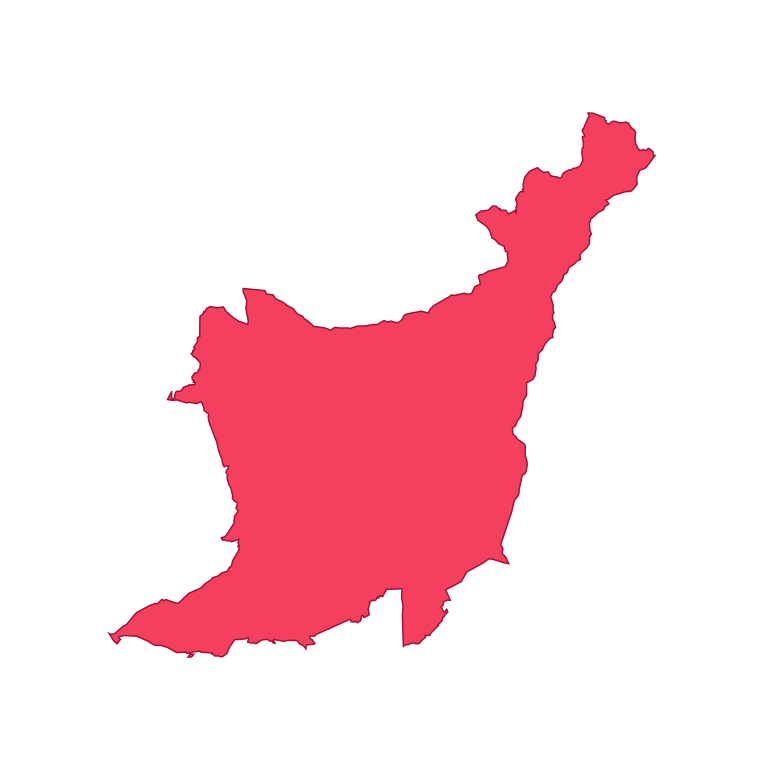 Carbunesti, Prahova, Romania (Equal Earth projection), rotated 100°
{"feature_id": "2599482B86728015913545", "entity_name": "Carbunesti", "entity_type": "district", "adm_level": 2, "iso_a3": "ROU", "parent_name": "Romania", "parent_adm1": "Prahova", "projection": "equal_earth", "projection_center": [26.2, 45.227], "detail": "fine", "context": "isolated", "style": "filled", "palette": "rose", "viewbox_px": 768, "rotation_deg": 100, "n_neighbors": 0, "source": "geoboundaries", "source_scale": "gbopen_adm2", "svg_char_len": 6151}
<svg xmlns="http://www.w3.org/2000/svg" viewBox="0 0 768 768"><g transform="rotate(100 384 384)"><path d="M436.9,594.5L436.8,589.4L435.7,585.4L436.8,574.9L435.9,572.7L435.6,565.2L433.3,560.8L438.0,557.5L441.4,556.6L443.9,551.6L447.6,551.3L452.1,549.5L470.5,538.5L478.5,535.2L487.1,530.2L490.8,529.0L493.4,527.0L492.0,525.0L492.1,522.7L494.1,522.8L496.9,524.2L498.8,524.0L500.7,522.3L503.5,522.3L510.0,519.3L513.0,516.7L520.7,513.5L523.1,513.4L525.6,510.6L526.0,508.4L527.0,507.5L532.1,508.1L534.4,505.5L540.3,508.3L542.8,507.7L544.2,508.2L546.5,507.3L560.3,513.0L562.5,514.9L563.4,517.3L564.2,517.4L565.8,515.8L565.2,514.4L565.7,511.7L565.1,508.2L565.9,506.8L562.1,500.1L565.9,500.1L567.1,499.3L569.0,499.7L569.4,499.5L569.0,498.5L571.0,498.2L574.2,498.5L584.1,502.3L589.8,502.7L591.3,504.3L595.7,505.9L598.0,510.6L602.0,514.3L604.5,519.1L607.2,520.6L611.6,525.3L616.9,529.3L623.9,539.7L635.4,548.2L635.9,550.9L634.2,561.4L635.5,563.2L634.6,565.2L639.8,569.1L640.0,571.3L642.8,576.2L651.3,587.1L654.1,589.4L665.7,595.8L667.7,598.7L676.4,605.8L678.1,609.3L677.5,611.3L683.8,605.7L686.2,601.8L681.2,599.1L680.0,601.2L678.7,600.9L676.8,596.1L675.3,583.6L678.3,571.8L680.7,565.7L681.0,564.1L680.2,558.5L681.0,551.6L684.5,541.5L682.5,532.5L683.5,531.1L682.4,528.3L683.0,527.9L687.0,529.6L686.3,526.4L685.2,525.4L683.1,524.5L683.9,526.1L683.4,527.2L681.1,526.0L679.1,519.0L679.9,517.4L678.9,508.2L679.8,506.6L678.9,506.1L681.2,503.7L680.6,499.6L681.0,497.0L679.9,494.9L676.3,491.8L670.7,490.7L661.7,486.7L659.7,478.3L658.7,475.5L657.4,474.0L658.6,473.1L662.0,473.4L662.1,468.8L661.3,467.6L662.1,466.0L661.5,464.2L657.4,460.1L655.7,454.6L657.1,451.4L656.6,449.4L658.2,448.2L658.3,446.4L655.9,448.2L654.7,448.2L654.8,438.4L653.0,433.5L651.8,425.8L652.4,424.0L654.6,422.0L655.6,418.2L658.3,414.9L655.5,415.2L654.2,414.3L652.4,407.8L651.5,407.0L648.2,410.5L647.7,412.9L645.1,413.2L644.3,408.4L642.6,407.6L621.5,376.5L624.0,374.9L623.0,369.8L623.7,368.8L621.2,365.9L616.0,365.7L615.4,364.5L617.0,363.9L617.4,362.9L613.8,358.5L607.8,360.6L602.7,359.9L601.9,360.4L599.0,358.1L599.1,356.1L598.1,354.5L595.4,354.0L594.9,353.2L595.8,353.1L595.7,352.1L592.9,351.0L593.1,349.9L593.6,350.0L593.7,348.5L585.7,345.8L582.6,330.6L591.3,329.6L599.4,326.6L608.3,325.8L638.9,319.4L636.8,316.9L636.3,314.4L634.7,312.7L633.8,309.4L634.4,307.5L633.5,304.4L628.9,301.6L626.3,299.1L624.5,299.9L623.7,295.4L620.8,294.3L612.5,288.6L612.4,289.3L606.7,285.6L603.5,285.5L602.8,284.4L601.6,284.3L597.5,281.6L595.0,283.1L596.1,284.0L598.1,284.3L597.9,286.0L593.4,289.0L591.6,287.6L587.7,287.1L585.8,284.0L585.4,281.2L575.9,287.6L565.2,273.6L554.8,269.9L543.1,255.4L538.0,250.4L537.7,246.5L539.2,235.0L539.2,229.9L532.8,234.6L530.7,238.1L525.1,238.4L521.9,241.2L487.0,236.0L477.7,235.6L474.8,234.9L471.2,232.7L467.0,232.1L465.5,232.6L450.6,232.1L449.2,231.6L449.0,230.6L447.3,229.5L445.1,228.8L439.1,228.9L436.0,229.5L429.0,232.8L420.2,234.1L418.5,235.8L415.2,243.1L412.9,245.0L411.2,248.2L405.3,249.9L401.7,247.0L398.0,246.6L392.3,243.8L381.5,243.5L377.0,244.1L370.1,241.6L358.2,243.8L353.6,238.2L349.9,236.8L342.7,236.9L338.5,238.0L333.5,236.4L327.2,237.3L322.9,234.1L316.9,232.5L312.8,230.2L310.0,228.3L308.8,225.7L306.7,226.6L301.2,226.5L298.6,224.9L294.1,226.8L291.2,229.0L287.1,230.0L284.5,229.1L280.6,230.7L277.0,231.1L269.0,235.0L264.8,233.9L262.9,231.7L256.3,230.2L252.2,227.1L247.8,225.9L245.8,226.2L242.6,223.1L236.7,221.9L233.4,217.9L229.4,215.3L227.2,212.2L223.0,213.5L219.8,211.9L215.2,208.3L210.3,206.0L203.5,207.1L200.3,205.8L196.9,208.0L190.2,209.6L184.8,208.8L184.3,207.8L178.2,203.2L174.1,198.0L171.0,197.4L167.8,194.0L166.7,194.4L164.4,197.7L163.4,195.5L158.2,190.6L152.6,179.5L151.4,174.5L149.8,172.9L143.4,169.4L136.6,171.1L129.1,169.3L126.5,164.8L124.9,163.3L111.9,156.7L111.8,158.6L108.6,159.4L106.0,164.0L106.1,164.8L108.7,166.3L108.0,169.5L109.1,170.6L109.4,172.4L108.3,174.5L102.9,178.3L97.4,179.7L92.4,179.9L90.2,181.9L88.9,184.7L84.5,188.8L84.1,191.2L86.0,197.0L85.2,201.6L85.6,204.6L89.3,208.2L87.9,210.9L86.3,210.9L85.6,212.7L83.4,212.9L81.0,225.4L81.8,230.2L84.8,228.1L86.5,229.3L97.4,231.8L99.0,232.8L100.6,232.4L104.5,229.6L105.3,229.8L105.8,231.3L106.8,231.5L111.4,229.7L115.8,228.9L117.8,229.7L122.2,229.2L129.5,227.0L135.6,229.0L138.1,232.6L138.8,235.2L140.6,236.5L141.0,239.0L143.5,242.3L145.8,244.3L149.6,245.2L150.9,247.3L149.9,249.8L150.3,251.4L149.9,256.1L146.6,259.1L147.8,263.6L146.5,267.1L144.3,270.3L147.6,275.4L149.4,277.7L156.0,281.3L163.4,281.6L167.3,280.5L168.3,281.5L170.4,280.2L170.7,282.5L171.5,283.5L177.7,286.2L179.5,286.4L183.5,284.0L187.6,284.7L190.5,283.7L193.4,283.7L190.5,285.2L195.0,291.2L191.8,294.1L192.6,299.7L191.1,300.1L191.4,301.5L189.5,304.3L189.9,308.0L194.7,311.5L197.1,318.9L201.6,323.0L206.5,319.8L210.8,310.5L215.0,306.4L221.5,302.9L222.4,300.0L226.0,295.2L227.5,289.7L232.4,287.3L232.8,285.0L235.6,285.0L240.8,283.0L247.4,285.0L254.9,300.9L259.3,306.1L259.6,308.6L261.4,309.6L268.8,306.5L272.5,311.5L279.9,313.5L281.1,317.1L280.7,320.6L284.2,329.3L284.9,333.6L286.3,334.3L298.2,348.7L302.3,351.5L306.4,352.8L305.8,359.8L310.8,373.0L312.6,375.9L318.5,377.9L321.0,380.8L321.4,383.3L320.8,388.2L322.3,390.9L321.6,395.1L326.7,401.3L327.4,405.4L330.0,412.2L331.6,420.4L335.2,427.0L335.1,429.7L336.5,436.6L336.8,442.2L340.6,446.4L339.8,447.7L339.1,452.1L339.4,463.4L335.6,469.1L333.4,474.1L331.4,476.2L329.9,481.7L325.6,486.5L323.7,492.4L320.8,498.4L318.9,505.6L315.5,508.6L315.8,515.5L312.7,517.3L314.4,539.3L317.5,538.7L325.8,533.6L334.2,533.0L345.4,528.6L348.9,528.5L347.5,537.6L344.9,543.9L339.7,552.4L336.0,555.5L337.8,561.2L338.0,568.9L340.6,571.8L343.7,572.8L345.2,573.8L344.4,574.1L347.4,575.1L349.2,577.0L369.6,573.7L370.1,575.3L370.9,575.0L371.4,575.8L374.9,575.1L380.8,577.8L381.8,576.3L382.6,577.1L383.9,576.9L384.5,578.2L386.2,577.8L387.6,579.2L390.4,575.9L390.7,574.0L395.2,568.5L400.7,568.0L402.2,569.2L405.0,569.5L406.1,572.3L410.3,574.4L413.2,573.4L413.8,571.8L415.3,572.1L415.3,570.2L417.5,570.2L418.9,576.3L419.9,576.4L420.9,579.3L422.3,581.0L426.3,582.9L427.2,587.0L429.2,588.0L434.0,587.8L436.0,589.3L433.3,591.1L428.0,591.8L436.9,594.5Z" fill="#f43f5e" stroke="#9f1239" stroke-width="1.5"/></g></svg>